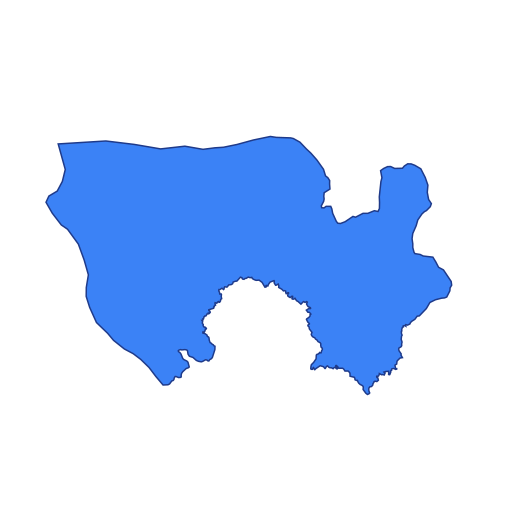 outline of Huameuang, Houaphan, Laos, rotated 343°
{"feature_id": "54806243B56031864903402", "entity_name": "Huameuang", "entity_type": "district", "adm_level": 2, "iso_a3": "LAO", "parent_name": "Laos", "parent_adm1": "Houaphan", "projection": "robinson", "projection_center": [103.862, 20.067], "detail": "fine", "context": "isolated", "style": "filled", "palette": "blue", "viewbox_px": 512, "rotation_deg": 343, "n_neighbors": 0, "source": "geoboundaries", "source_scale": "gbopen_adm2", "svg_char_len": 6140}
<svg xmlns="http://www.w3.org/2000/svg" viewBox="0 0 512 512"><g transform="rotate(343 256 256)"><path d="M129.4,352.2L134.2,353.4L135.9,353.1L138.9,350.9L140.4,350.8L141.4,350.1L142.1,348.8L143.4,347.6L144.2,347.8L146.4,349.6L148.1,350.0L149.1,349.8L149.6,348.1L150.4,346.6L152.0,345.3L156.3,343.2L158.7,343.1L159.7,342.6L159.9,337.7L159.2,336.3L156.7,333.9L156.0,332.6L155.6,327.8L155.1,326.3L153.9,324.7L154.1,323.7L155.3,323.4L156.7,323.5L157.5,324.1L160.6,324.7L162.0,325.4L162.8,326.3L162.3,330.0L163.0,332.4L166.1,334.6L168.4,338.4L170.2,339.9L172.7,341.2L174.2,341.2L177.4,340.5L178.6,341.1L179.2,342.1L180.2,342.6L181.5,341.5L183.3,341.2L184.6,340.3L189.3,333.5L190.4,330.3L189.5,329.5L189.2,328.4L188.4,327.7L187.7,326.3L186.8,325.4L186.7,322.8L187.1,320.5L186.9,319.5L186.0,318.8L186.0,317.2L184.4,315.2L182.7,314.2L182.9,313.2L184.2,313.6L184.5,313.0L185.2,312.9L185.8,311.7L187.2,311.1L187.4,310.7L187.0,309.9L186.4,309.8L186.4,309.0L185.6,308.8L185.3,308.2L185.1,307.1L185.5,306.2L185.0,304.4L185.8,303.2L185.4,301.7L186.3,301.9L186.7,301.4L186.7,300.6L187.5,300.7L188.4,299.0L189.2,298.9L189.5,298.4L190.7,298.6L192.3,297.1L193.7,297.4L193.8,296.7L194.5,297.2L194.8,297.2L195.0,296.6L195.7,296.5L195.8,295.4L194.9,294.4L195.1,293.6L200.2,293.6L200.6,292.6L201.2,292.4L201.2,291.8L203.0,291.1L202.7,290.0L203.3,288.7L204.7,289.7L205.6,288.9L206.6,288.6L206.9,288.6L207.1,289.5L207.7,289.6L208.9,288.6L209.5,287.2L210.7,286.8L210.9,284.6L211.7,282.7L211.6,282.1L210.2,281.7L210.5,280.2L210.2,278.4L210.7,277.3L211.2,277.6L214.0,276.9L215.2,278.6L215.8,278.2L216.5,276.7L217.1,276.3L219.0,277.2L219.6,277.1L221.4,275.7L224.1,276.1L225.5,275.7L226.6,274.2L228.9,274.1L230.4,274.4L234.9,271.7L236.2,272.6L236.2,273.6L236.5,274.2L237.7,274.8L238.9,274.3L240.2,274.5L242.4,273.9L244.0,275.0L245.7,275.2L245.9,276.4L246.3,277.0L247.5,278.2L249.0,279.3L251.9,280.0L254.1,283.0L255.4,288.4L256.4,288.6L257.0,288.3L256.8,287.4L257.2,287.1L258.6,288.1L259.6,286.8L261.8,285.1L266.0,284.8L266.2,285.2L265.6,286.6L265.6,287.5L266.2,289.7L267.1,289.8L269.0,289.3L269.1,291.2L268.5,292.7L271.0,295.4L272.0,297.4L273.2,297.5L274.1,298.2L273.7,299.9L273.9,300.9L275.9,300.4L276.3,300.6L276.4,301.0L275.6,301.5L274.8,302.9L274.7,303.4L275.2,304.3L276.5,305.7L278.6,305.0L279.2,305.2L279.1,306.1L278.0,307.0L278.1,307.8L279.6,308.3L280.9,307.8L281.7,310.6L282.9,311.8L284.9,315.2L288.0,313.5L288.3,313.5L289.3,314.7L291.1,314.4L291.6,315.1L290.3,316.7L290.7,318.8L291.1,319.7L292.9,321.3L292.9,322.0L292.5,322.2L291.0,321.7L288.3,322.5L289.2,325.0L290.4,325.4L291.4,327.1L291.4,327.7L290.6,327.8L290.2,329.1L288.8,330.1L286.0,331.0L285.7,331.4L286.2,334.3L287.3,336.2L287.1,336.7L285.8,337.0L285.2,337.9L286.0,339.4L285.7,341.3L287.2,345.4L285.9,347.1L286.0,348.5L286.8,350.1L288.3,351.4L288.6,352.8L289.7,354.1L290.3,356.0L292.0,357.7L292.3,358.9L291.8,360.3L291.6,362.2L292.2,363.1L292.3,364.4L291.9,365.1L291.1,365.7L290.0,367.6L289.3,367.5L288.7,366.9L288.0,367.6L287.4,367.5L286.5,368.0L285.4,367.9L284.7,368.4L283.4,371.9L280.0,374.6L277.2,376.1L276.3,377.6L275.4,379.9L275.7,380.5L277.0,380.9L277.8,379.7L278.4,379.5L278.9,381.9L279.1,381.9L280.0,381.3L285.3,379.7L288.2,381.6L289.0,383.7L289.4,383.8L291.1,382.2L292.3,382.0L293.2,383.8L294.2,384.6L295.5,385.0L296.8,386.3L297.8,385.7L299.1,385.5L300.0,387.4L300.7,387.7L301.2,387.1L300.4,385.8L300.1,384.4L300.3,384.1L300.9,384.2L302.0,386.3L302.0,387.4L306.1,388.7L306.9,390.0L307.4,392.0L310.3,392.9L310.8,393.3L311.6,395.5L310.8,398.5L314.5,400.7L314.8,401.8L314.5,403.3L315.7,404.4L316.6,404.6L316.7,406.1L317.1,407.7L318.1,409.4L319.3,410.4L320.2,411.7L320.3,412.6L319.4,415.0L320.9,419.3L322.1,421.0L323.7,420.8L324.7,420.2L324.5,418.2L324.9,416.2L325.4,415.3L326.5,414.4L328.4,414.6L330.1,413.4L330.4,412.4L331.9,411.2L332.2,410.6L333.2,410.5L334.9,411.4L336.7,410.6L336.9,408.3L336.1,407.5L336.2,406.4L336.5,406.2L337.4,406.7L338.2,406.5L339.4,405.1L339.6,404.5L341.4,406.3L342.7,406.5L343.8,407.3L345.2,405.7L345.2,405.2L344.5,404.8L344.4,404.4L346.8,404.4L347.5,404.8L348.7,404.8L349.0,405.3L348.8,406.6L348.2,407.8L348.6,408.5L349.3,408.5L351.0,406.3L351.0,405.2L352.3,404.9L352.4,404.2L353.0,403.6L354.8,403.8L356.4,405.3L357.5,405.3L357.6,404.9L356.9,404.8L356.7,403.6L356.9,401.3L357.3,400.8L358.9,400.5L360.0,398.0L360.5,397.5L363.9,395.7L366.3,396.0L365.7,393.3L366.2,392.0L365.1,388.5L365.2,386.7L365.8,385.8L368.2,385.2L369.1,384.4L369.6,382.6L370.5,381.0L370.5,378.1L371.7,375.3L372.6,374.4L372.4,372.9L372.9,370.8L373.6,370.3L373.6,369.4L374.9,367.3L375.4,366.9L376.2,366.9L376.4,365.9L377.9,366.0L378.7,366.9L378.8,365.7L379.2,365.4L380.7,366.4L383.3,366.0L384.3,364.8L386.1,363.9L389.4,363.0L392.5,360.7L394.7,361.0L403.5,356.1L408.7,351.3L414.8,350.3L421.2,350.6L424.1,351.2L426.4,351.0L431.2,346.0L432.3,343.2L434.6,341.1L435.2,337.4L431.2,324.1L427.3,320.2L426.2,314.2L424.8,308.8L415.9,304.9L413.4,302.5L408.7,300.2L408.2,298.7L408.4,293.8L409.5,290.2L410.3,285.1L412.5,280.3L418.0,273.9L421.3,268.8L427.0,264.3L430.1,262.8L432.3,262.4L437.1,259.8L439.0,257.2L437.6,252.4L438.4,245.2L441.1,238.5L440.8,230.4L439.1,220.8L434.4,215.7L431.3,213.3L428.0,212.2L424.2,213.3L421.7,214.9L414.2,212.8L410.9,209.8L407.9,209.0L403.7,209.6L400.1,210.8L399.3,218.0L397.2,221.4L391.2,235.5L389.8,240.9L387.9,246.7L385.7,249.1L382.4,247.3L375.5,247.9L370.8,246.5L362.5,248.0L360.3,246.5L351.2,249.3L346.2,249.6L343.7,248.5L342.9,246.1L341.8,237.6L342.3,233.1L342.0,230.4L337.6,229.0L335.1,229.9L332.9,229.0L333.1,227.2L336.7,223.5L337.8,221.4L338.3,218.7L339.7,215.4L346.3,213.6L347.4,208.7L348.5,205.4L347.6,202.1L345.9,199.7L345.9,192.8L342.3,182.0L338.6,173.8L335.5,168.4L331.3,160.0L326.1,154.6L323.7,153.2L310.1,148.5L304.7,145.9L287.4,144.3L270.4,143.8L256.7,142.5L248.2,140.5L236.5,138.5L220.1,130.2L196.1,125.7L172.2,113.7L146.0,102.1L99.6,91.0L98.9,117.5L92.6,128.1L84.9,135.8L75.5,138.1L70.9,143.2L73.7,155.5L78.9,169.4L83.6,175.3L89.6,192.7L90.5,209.7L90.2,225.0L84.5,236.5L81.8,245.0L81.9,256.5L84.0,273.0L91.5,286.5L95.1,295.0L102.9,306.4L110.0,313.5L115.5,321.1L121.1,331.3L125.0,341.9L129.4,352.2Z" fill="#3b82f6" stroke="#1e3a8a" stroke-width="1.5"/></g></svg>